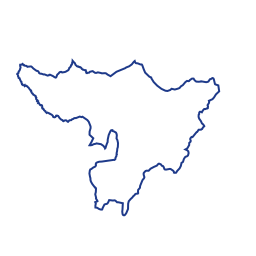 Lundazi, Eastern, Zambia, rotated 348°
{"feature_id": "96606910B63463932820005", "entity_name": "Lundazi", "entity_type": "district", "adm_level": 2, "iso_a3": "ZMB", "parent_name": "Zambia", "parent_adm1": "Eastern", "projection": "natural_earth1", "projection_center": [33.083, -12.415], "detail": "fine", "context": "isolated", "style": "outline", "palette": "blue", "viewbox_px": 256, "rotation_deg": 348, "n_neighbors": 0, "source": "geoboundaries", "source_scale": "gbopen_adm2", "svg_char_len": 5663}
<svg xmlns="http://www.w3.org/2000/svg" viewBox="0 0 256 256"><g transform="rotate(348 128 128)"><path d="M31.1,51.8L30.8,52.2L31.3,53.2L31.4,54.5L31.2,54.7L31.5,55.6L31.4,56.3L31.6,56.5L32.3,56.8L32.5,58.6L32.7,59.0L32.9,60.1L33.4,60.9L33.2,61.2L33.2,61.8L33.5,62.6L33.4,63.1L33.6,63.2L33.5,63.5L34.2,64.3L35.3,64.5L35.6,65.3L36.0,64.9L36.1,65.5L36.9,65.3L37.5,65.6L37.7,66.1L38.2,66.4L38.5,67.2L39.1,67.8L40.0,70.0L40.4,70.4L40.5,71.0L40.9,71.2L40.8,71.6L41.0,71.7L40.9,72.4L41.1,72.6L41.1,73.3L41.6,74.4L42.0,74.6L42.2,75.6L43.6,76.8L44.4,77.7L44.3,78.2L44.5,78.9L44.3,78.9L44.4,79.2L44.3,79.3L44.2,80.7L45.0,81.8L44.8,82.0L45.0,82.5L44.9,82.6L45.4,82.9L45.0,83.3L45.3,83.5L45.7,84.0L45.7,84.5L45.5,84.8L45.9,84.8L46.6,87.0L47.1,87.2L47.3,87.6L47.9,87.5L48.4,87.8L48.6,88.1L48.5,89.9L48.2,90.2L48.3,91.1L48.5,91.3L48.7,91.1L49.4,92.0L49.6,93.2L50.7,94.4L50.6,94.8L51.6,96.4L52.3,96.1L53.2,96.7L54.3,97.5L54.3,97.8L54.9,98.1L56.2,99.2L57.0,100.4L57.1,101.4L57.3,101.8L58.4,102.3L59.1,102.2L59.8,101.7L60.1,101.2L60.4,101.3L60.6,101.0L61.2,101.1L62.2,101.7L63.2,104.2L64.5,106.0L65.6,106.7L65.8,107.5L66.2,107.9L68.1,107.4L68.9,107.6L69.4,107.9L70.2,109.2L70.6,109.5L72.3,108.3L74.2,108.5L74.9,107.9L76.5,107.7L77.1,107.3L78.3,107.2L79.0,107.5L83.2,106.8L84.8,107.7L85.8,107.5L89.9,111.8L90.9,113.8L91.7,118.6L91.4,120.3L89.7,123.5L89.0,126.4L89.0,126.7L91.9,130.8L89.2,134.3L86.8,136.9L87.5,137.1L89.3,137.2L91.0,136.7L93.4,136.7L93.9,136.5L98.2,138.2L100.2,140.3L101.2,142.5L101.3,143.2L102.0,142.7L102.2,142.1L104.3,138.6L105.1,137.6L105.8,135.0L107.7,130.8L110.1,127.5L111.8,126.2L111.5,126.6L111.5,126.9L112.2,126.9L112.1,127.5L112.4,127.8L113.4,128.3L115.3,130.0L115.6,131.5L115.5,132.0L115.6,132.6L114.6,135.9L115.1,137.6L115.1,140.7L114.1,144.5L113.2,146.1L112.6,148.1L111.6,150.3L111.6,151.2L111.4,151.2L110.8,153.1L109.7,154.3L109.1,155.9L108.1,156.4L107.3,156.2L95.5,155.4L92.8,155.0L90.7,155.2L89.5,155.7L88.9,156.7L89.0,157.6L88.6,158.3L87.9,158.9L85.6,159.5L83.6,160.5L82.5,160.7L81.8,161.7L80.8,164.5L80.7,167.7L80.8,169.2L80.5,171.0L80.6,172.7L81.4,175.3L83.3,179.3L83.5,179.2L84.0,179.9L84.1,180.6L83.2,184.0L82.2,186.0L82.3,189.6L82.0,190.4L82.9,192.7L82.9,193.3L80.5,193.7L80.8,195.3L80.0,197.0L79.6,199.0L81.2,199.6L83.0,201.3L84.4,202.1L85.6,202.4L86.2,201.8L86.5,201.1L89.0,198.0L89.9,197.8L91.6,197.8L92.2,197.5L93.0,196.8L94.6,194.6L98.1,195.8L99.9,196.0L100.6,196.5L101.9,198.4L103.0,198.6L107.3,200.5L105.6,206.8L105.0,208.5L104.8,211.0L105.0,211.9L105.7,212.5L106.5,212.6L107.3,212.1L108.6,210.9L111.2,207.2L112.4,202.1L113.5,199.8L115.7,198.1L117.9,196.8L118.8,195.9L120.4,195.1L120.9,194.5L121.4,194.2L122.1,194.0L124.0,194.2L124.4,193.8L124.6,192.1L125.1,190.6L127.0,189.2L127.3,188.8L127.8,187.2L130.7,182.9L131.7,181.6L132.9,180.8L133.7,179.8L133.8,179.3L133.6,177.0L133.9,175.5L134.4,175.0L135.6,174.1L136.3,173.7L137.3,173.6L139.3,174.1L141.6,172.5L145.4,171.4L148.4,170.8L149.9,169.6L150.9,169.3L152.5,170.3L153.3,172.0L154.2,172.4L154.7,173.3L155.1,175.8L155.4,176.2L156.5,176.6L160.4,176.7L161.2,177.0L163.4,179.3L163.9,180.7L163.7,181.2L164.5,181.6L165.8,181.7L167.1,180.3L170.1,178.2L171.8,176.1L173.1,173.2L174.3,172.8L174.8,172.5L176.1,170.1L177.5,168.6L178.3,168.1L179.5,168.0L180.4,167.7L181.1,167.1L182.1,165.1L182.1,163.3L181.4,162.2L179.7,160.9L181.1,160.5L182.0,160.0L184.3,157.4L184.8,155.3L186.3,154.4L186.7,153.6L186.5,151.8L186.9,151.1L187.8,150.3L188.4,150.0L188.9,150.3L189.5,150.1L193.7,146.7L194.4,146.2L194.9,146.2L196.7,144.4L199.1,144.8L199.6,144.5L200.3,144.4L201.4,143.1L203.0,142.1L202.9,141.6L202.2,140.0L201.3,138.9L200.7,136.3L199.6,133.8L199.4,132.6L199.4,131.6L199.8,130.0L199.9,129.7L200.5,129.2L200.7,128.2L201.0,127.6L201.6,127.1L202.6,127.3L203.5,128.0L204.7,126.6L206.2,125.4L206.7,125.3L207.7,125.6L209.2,125.2L209.7,125.4L210.2,125.2L210.8,123.3L210.5,122.6L210.7,122.0L212.2,120.6L212.9,119.2L212.8,118.2L216.6,117.4L218.5,116.0L221.0,113.4L224.8,111.1L225.2,105.1L222.5,103.5L222.2,103.1L222.1,98.5L221.9,97.4L221.3,96.8L220.8,96.7L219.9,97.2L218.2,97.4L216.3,99.3L214.6,99.5L213.6,99.3L209.4,97.6L209.3,97.8L206.5,97.4L204.4,96.8L203.1,95.2L202.4,93.3L200.8,93.0L198.4,94.0L197.6,94.7L197.0,94.8L195.5,94.2L193.7,95.0L190.5,97.5L188.5,98.2L186.7,99.6L184.9,99.9L181.8,100.1L178.8,98.7L177.2,99.6L174.3,100.0L172.3,99.3L168.9,96.7L167.5,95.1L165.4,92.7L162.7,88.4L161.2,84.3L161.2,83.4L159.6,82.3L156.3,77.4L155.6,73.8L155.0,69.5L154.6,68.7L153.3,68.4L151.0,66.8L149.4,66.3L149.0,66.0L148.6,65.0L148.5,63.9L147.4,64.5L144.9,66.6L141.9,67.9L138.8,68.4L137.7,68.9L128.4,70.6L121.7,73.7L119.0,71.4L118.1,70.2L117.0,69.6L113.8,69.1L113.0,68.6L110.1,67.3L108.6,67.5L107.3,67.2L105.8,65.7L105.5,65.2L105.1,65.0L102.4,65.1L101.4,65.8L100.3,65.6L99.5,65.8L99.3,65.6L98.8,65.6L98.6,64.8L98.8,64.0L98.6,62.6L97.9,62.6L97.2,62.2L96.6,61.7L95.9,61.5L95.7,61.1L95.1,60.6L94.9,59.7L94.3,58.9L93.8,58.8L93.6,58.3L93.1,58.2L92.4,57.6L92.1,57.8L90.8,56.9L90.7,56.4L90.1,55.8L89.8,55.3L89.5,53.5L89.0,52.9L87.8,50.7L87.5,51.8L87.0,52.3L86.9,53.0L86.6,53.8L86.0,54.5L85.7,54.4L85.1,55.2L84.8,56.0L83.0,57.1L83.0,57.4L81.7,59.0L78.7,60.0L77.7,60.1L75.1,60.0L74.6,59.3L73.6,59.1L72.8,59.4L72.6,59.3L71.2,60.4L69.9,61.1L68.4,63.4L67.8,63.7L66.8,63.1L65.4,61.6L62.7,59.6L62.0,59.6L61.6,60.0L60.2,60.0L57.5,58.2L56.6,58.1L54.4,56.8L53.7,56.7L53.0,56.3L52.5,55.8L52.4,55.0L51.9,53.8L50.8,53.1L50.5,53.1L49.9,52.5L47.7,50.0L46.8,48.5L46.2,47.8L45.9,47.6L42.8,47.2L42.7,47.1L42.3,47.2L41.5,46.1L40.2,45.7L39.1,45.0L39.2,44.6L38.7,44.4L38.7,44.2L38.4,44.0L38.2,43.4L37.0,43.9L35.7,43.7L35.4,44.8L35.5,46.4L34.3,48.6L33.8,49.3L32.8,50.0L32.3,51.4L31.1,51.8Z" fill="none" stroke="#1e3a8a" stroke-width="2"/></g></svg>